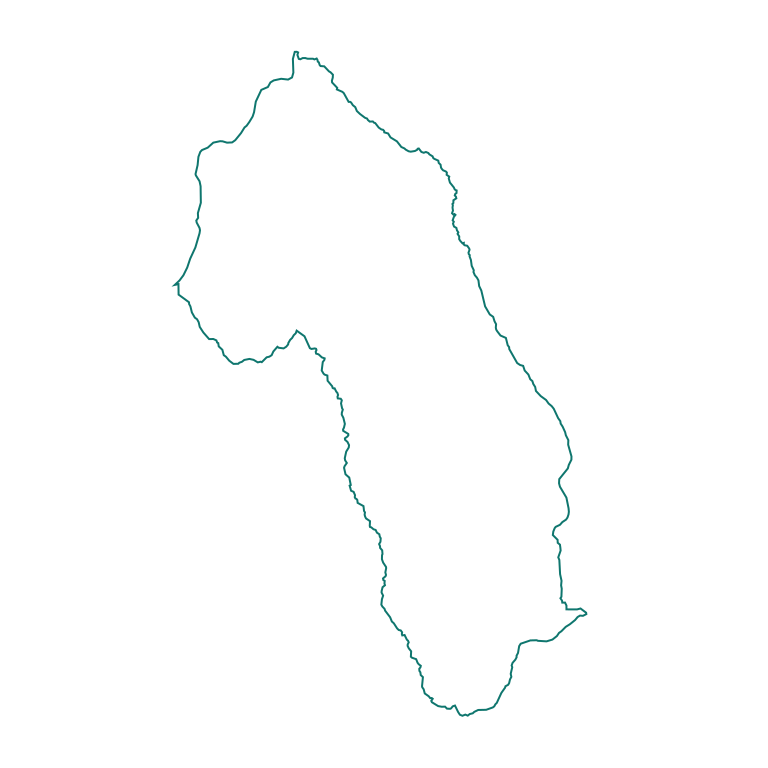 outline of Três Lagoas, Mato Grosso do Sul, Brazil, rotated 183°
{"feature_id": "56859067B99558020678157", "entity_name": "Três Lagoas", "entity_type": "district", "adm_level": 2, "iso_a3": "BRA", "parent_name": "Brazil", "parent_adm1": "Mato Grosso do Sul", "projection": "natural_earth1", "projection_center": [-52.223, -20.406], "detail": "fine", "context": "isolated", "style": "outline", "palette": "teal", "viewbox_px": 768, "rotation_deg": 183, "n_neighbors": 0, "source": "geoboundaries", "source_scale": "gbopen_adm2", "svg_char_len": 6123}
<svg xmlns="http://www.w3.org/2000/svg" viewBox="0 0 768 768"><g transform="rotate(183 384 384)"><path d="M593.6,476.7L598.1,472.0L594.5,473.0L593.8,462.5L583.0,455.4L582.8,453.7L581.4,451.4L579.6,445.4L576.4,440.4L574.1,438.9L572.3,436.0L571.0,431.4L567.1,426.0L561.0,419.7L556.8,420.0L553.7,418.8L552.8,416.7L551.7,416.2L551.0,412.9L547.2,409.7L545.5,404.4L543.3,403.0L539.8,399.2L535.4,396.2L530.5,396.6L529.6,397.7L527.1,398.7L524.8,400.7L519.7,402.0L515.5,401.3L511.2,399.0L508.4,399.8L507.2,399.4L502.6,404.5L499.9,405.3L497.7,406.9L496.2,410.7L492.4,415.6L491.1,414.7L486.1,414.3L483.6,416.1L481.8,418.5L481.7,419.9L480.0,423.2L478.2,425.1L476.7,428.0L474.8,430.0L474.0,432.7L465.9,427.5L459.9,415.9L458.3,415.2L455.0,415.9L453.7,415.6L453.2,414.4L453.9,412.6L453.4,410.8L450.9,410.2L447.4,407.3L444.6,406.5L444.8,405.0L446.3,402.7L446.9,394.2L445.0,391.3L443.9,390.3L441.0,389.5L440.5,384.3L435.6,379.0L435.1,377.4L434.2,376.9L433.1,377.1L431.3,373.9L430.1,372.7L429.3,370.6L429.8,368.8L429.4,367.2L426.4,367.0L425.3,365.5L425.9,362.4L424.6,357.6L423.8,356.3L424.6,353.1L424.6,351.2L422.8,348.1L421.0,342.1L421.7,338.3L422.5,336.5L422.3,335.1L417.1,332.3L416.9,331.0L417.7,329.7L420.2,327.7L420.0,326.3L417.4,324.2L415.7,321.1L415.9,318.7L418.2,314.5L419.3,307.8L418.8,305.7L417.0,303.2L419.1,299.8L419.5,298.2L417.7,291.8L413.8,288.7L411.9,281.4L413.0,280.7L411.3,275.7L408.7,274.7L407.1,271.4L407.3,269.5L406.6,268.2L405.5,267.8L404.6,266.8L404.1,263.9L398.1,261.0L397.3,256.2L396.3,254.8L396.5,252.4L395.9,250.6L394.9,248.8L390.8,246.3L390.8,241.5L390.4,240.4L389.2,240.2L386.9,238.4L384.7,237.8L383.3,235.2L380.8,233.7L380.2,231.3L379.2,229.8L379.3,226.2L380.5,223.9L379.5,221.9L379.3,220.1L377.1,217.8L376.6,214.1L377.0,213.0L376.9,208.9L375.5,205.6L372.4,201.4L372.2,200.2L372.8,195.9L372.0,193.4L372.4,192.1L374.8,189.8L374.4,188.2L373.0,187.4L373.1,184.8L372.5,183.1L374.8,181.0L375.5,177.1L375.5,175.6L373.8,172.6L374.8,169.0L375.1,163.5L374.0,161.7L371.7,159.5L371.0,157.7L365.7,151.4L363.7,147.2L361.7,145.6L358.1,140.6L356.4,139.1L354.4,138.8L352.9,137.0L353.1,135.3L352.6,133.9L350.3,134.4L347.8,129.9L346.6,128.9L345.8,127.3L346.7,125.2L346.7,123.7L345.4,121.3L342.9,118.5L342.9,113.1L341.7,112.1L337.5,110.9L335.9,107.4L334.7,106.0L332.5,104.5L332.8,102.9L333.9,101.4L333.6,99.3L332.6,98.0L332.1,95.3L329.8,93.3L330.2,84.2L329.9,83.1L328.4,81.2L327.1,77.1L323.0,74.5L321.4,72.7L319.9,72.9L318.9,72.2L320.2,70.0L319.5,68.7L313.1,65.2L309.4,64.7L306.2,65.0L304.1,63.1L300.9,63.1L300.0,63.6L298.5,65.7L296.3,66.6L292.8,60.3L290.9,57.7L288.3,56.8L285.5,58.1L283.0,57.2L281.1,58.9L278.1,59.8L276.7,61.3L272.9,63.4L264.9,64.0L258.4,66.7L257.0,67.9L256.0,70.0L254.7,71.4L250.6,81.7L247.2,87.1L246.9,88.5L244.3,90.1L243.4,91.8L242.7,95.6L241.5,98.2L242.3,101.2L241.1,107.9L241.8,109.6L241.0,112.3L238.4,115.6L237.3,118.0L237.4,119.6L236.1,122.4L235.3,129.3L233.9,131.8L224.4,135.6L218.1,136.1L216.9,135.6L208.2,135.5L202.4,137.6L198.1,141.4L196.2,144.6L193.9,146.4L189.8,151.0L185.8,153.8L180.8,158.3L178.5,161.4L176.1,163.0L173.2,162.9L169.9,164.8L170.2,166.2L176.0,170.1L179.4,169.0L190.0,168.5L190.2,172.3L191.8,175.2L194.5,175.0L194.9,177.0L196.6,179.3L195.7,180.8L195.8,188.9L196.6,192.2L196.4,196.7L198.2,203.3L199.7,217.5L200.9,220.0L198.9,226.9L199.3,229.7L199.9,232.8L202.2,234.5L202.5,237.5L207.5,242.0L207.2,245.5L206.0,249.0L205.1,250.3L200.9,252.6L198.7,255.4L195.1,258.1L193.8,260.2L192.9,263.4L192.7,266.1L193.2,269.6L195.9,280.1L202.9,290.6L204.0,294.0L204.0,298.2L196.0,309.3L195.2,312.9L192.9,318.2L193.0,321.5L196.9,333.0L197.0,337.6L199.7,342.3L200.6,345.4L203.4,350.8L205.5,353.7L206.0,356.1L208.3,359.0L213.2,368.2L215.4,370.7L218.6,373.1L221.3,376.5L226.8,380.1L231.9,385.0L232.9,389.0L234.9,391.8L236.0,394.7L238.2,396.4L240.3,401.0L244.2,404.8L246.0,409.4L249.1,410.1L252.1,411.9L260.7,425.4L261.0,427.4L262.5,429.2L264.7,436.4L270.2,438.5L273.7,442.6L274.8,444.2L275.3,446.1L275.2,449.6L276.9,452.4L278.5,456.8L282.0,459.0L287.1,466.8L291.7,482.4L294.1,486.8L295.1,492.4L296.8,495.1L299.0,497.4L300.5,500.5L300.3,502.3L302.6,506.6L303.7,512.4L305.2,515.8L305.1,517.2L306.1,518.1L306.5,519.6L305.6,522.5L306.0,523.7L308.1,526.4L310.8,526.8L311.7,527.6L311.7,529.1L313.0,528.6L315.4,531.0L316.5,532.6L316.6,535.3L318.4,537.8L317.7,539.3L319.2,541.3L319.9,543.7L322.3,544.9L323.5,547.7L322.8,549.7L324.0,551.0L323.0,554.5L321.5,556.6L322.5,557.4L323.6,556.8L325.0,558.1L324.2,560.7L324.8,563.7L324.6,566.2L325.1,567.3L324.2,568.4L324.3,571.1L321.5,573.2L322.0,574.9L323.2,576.0L322.8,577.5L321.6,578.5L321.6,581.1L322.9,581.5L323.8,582.4L324.5,583.9L328.7,588.6L330.1,592.7L329.7,594.5L332.4,596.2L332.3,598.5L333.4,599.5L336.2,600.5L337.5,601.8L338.4,603.1L339.0,606.0L340.9,607.6L341.5,609.9L345.6,611.5L346.6,612.2L347.4,613.9L350.7,615.7L351.8,617.0L354.3,617.9L356.4,617.0L358.8,617.7L361.6,621.0L362.7,620.7L363.2,619.6L365.3,618.3L369.5,617.4L371.6,617.7L374.6,619.2L375.9,620.3L379.1,621.6L383.8,627.0L390.4,630.6L393.0,634.4L396.9,635.3L397.1,636.7L398.2,637.8L400.0,638.1L402.7,639.8L406.4,644.1L407.6,644.4L408.9,645.6L412.0,645.3L413.9,646.8L414.8,648.2L416.8,648.8L422.0,652.3L425.4,655.2L427.2,659.0L429.7,660.8L431.6,663.4L432.6,664.0L434.1,663.9L439.4,672.4L440.9,673.6L446.5,675.7L446.2,677.3L451.6,682.4L451.9,684.1L451.2,687.3L451.2,690.2L453.7,692.5L455.3,693.3L460.3,698.1L464.0,698.2L464.9,699.1L465.9,701.8L467.0,702.5L467.4,704.2L468.3,705.5L470.5,704.5L471.9,705.1L477.2,704.8L479.8,705.4L482.3,705.2L484.6,703.9L486.1,704.2L487.7,708.1L487.1,710.6L488.5,711.2L490.5,711.0L492.0,703.8L490.8,690.2L491.9,685.3L495.7,683.0L502.7,683.4L510.0,681.4L513.2,679.2L515.5,674.5L521.9,671.3L526.8,659.3L528.0,648.6L529.2,644.2L532.2,638.6L534.7,634.7L536.7,632.9L539.9,627.1L545.3,619.7L548.3,617.3L553.4,616.8L557.9,617.9L560.4,617.9L567.1,616.1L572.4,610.8L578.0,608.1L579.6,606.2L581.2,601.2L581.6,592.8L583.2,583.8L582.8,582.5L578.8,576.8L577.5,571.9L576.4,555.4L578.8,544.9L578.3,540.2L580.0,537.4L579.5,535.4L576.4,530.2L575.8,527.9L576.1,524.9L579.5,510.5L584.1,499.0L586.6,490.0L590.0,482.1L593.6,476.7Z" fill="none" stroke="#0f766e" stroke-width="2"/></g></svg>